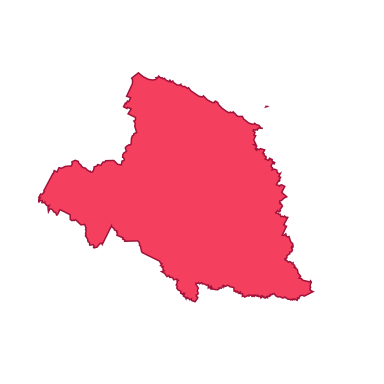 the district of Clarence Valley, New South Wales, Australia, rotated 287°
{"feature_id": "25037944B11916296746250", "entity_name": "Clarence Valley", "entity_type": "district", "adm_level": 2, "iso_a3": "AUS", "parent_name": "Australia", "parent_adm1": "New South Wales", "projection": "robinson", "projection_center": [152.635, -29.694], "detail": "fine", "context": "isolated", "style": "filled", "palette": "rose", "viewbox_px": 384, "rotation_deg": 287, "n_neighbors": 0, "source": "geoboundaries", "source_scale": "gbopen_adm2", "svg_char_len": 6078}
<svg xmlns="http://www.w3.org/2000/svg" viewBox="0 0 384 384"><g transform="rotate(287 192 192)"><path d="M132.1,336.9L132.5,334.3L133.8,333.1L135.6,333.3L136.5,332.4L138.4,332.2L140.7,332.5L141.7,331.3L140.5,331.1L140.0,324.4L140.4,322.6L141.2,322.2L141.0,319.6L143.2,320.5L145.3,317.2L148.7,315.4L149.2,313.3L149.9,313.3L149.9,311.7L150.8,312.2L151.7,311.6L152.8,309.4L153.6,309.3L152.8,308.6L153.6,307.9L154.0,305.6L153.0,304.7L154.4,302.2L154.1,301.3L155.3,301.0L154.6,299.8L156.8,302.0L158.9,301.3L161.7,303.6L163.1,303.0L164.0,304.7L165.8,305.1L167.7,303.4L168.3,303.6L167.8,304.2L169.1,304.7L169.5,303.6L170.6,304.2L172.0,303.4L173.3,300.9L177.8,297.8L177.0,296.8L177.1,295.3L179.4,293.9L177.6,292.7L177.0,290.9L186.8,292.4L186.7,290.8L187.5,290.4L187.5,289.3L195.7,291.0L195.7,290.2L194.9,289.7L196.1,287.6L195.1,287.2L195.2,285.5L194.4,284.3L196.5,282.6L195.9,281.8L196.6,280.8L196.5,278.2L199.3,279.3L198.4,280.9L198.8,281.6L200.0,282.0L201.0,281.2L204.8,282.7L206.5,281.1L206.4,279.9L207.5,279.7L207.4,278.9L209.1,278.5L210.0,280.0L213.2,281.9L215.1,284.0L217.9,277.9L224.5,279.1L225.1,275.6L224.3,274.2L223.3,274.1L223.8,270.6L228.1,271.5L228.0,272.4L228.7,272.5L228.8,271.9L232.0,272.4L232.0,270.5L235.5,271.0L235.0,270.6L235.3,267.9L237.7,266.8L238.0,264.5L236.6,262.0L238.3,262.3L239.7,260.0L243.2,260.5L242.9,262.3L244.3,262.5L244.9,259.5L246.5,259.2L246.9,256.6L246.0,257.0L246.1,256.1L244.5,255.9L245.0,252.3L246.2,252.9L247.6,252.4L247.9,250.4L249.6,249.8L249.8,248.4L253.5,249.2L253.5,244.7L252.1,244.0L252.4,241.7L250.8,241.6L251.7,240.0L254.9,240.5L255.4,237.4L256.3,239.1L260.0,235.7L264.5,236.4L264.4,234.7L267.5,234.8L268.1,232.7L269.0,232.5L269.5,232.6L269.6,234.4L270.6,235.4L270.4,236.4L272.6,236.8L273.5,241.1L273.4,239.2L275.3,236.5L275.2,233.8L276.0,231.8L275.2,231.6L274.5,230.2L274.5,226.1L277.0,219.9L279.0,218.1L277.8,214.2L278.0,212.8L280.7,208.0L279.5,207.2L279.6,205.2L278.6,204.3L279.1,201.6L280.9,196.2L283.3,191.9L285.1,190.4L285.8,188.0L285.2,187.2L284.1,187.4L283.5,185.4L284.6,179.7L287.3,174.8L285.9,174.1L285.6,170.4L288.5,161.1L290.7,158.2L289.8,157.3L290.8,154.0L290.1,152.3L290.9,150.3L291.8,149.9L290.4,148.6L290.0,146.4L291.3,142.2L292.5,141.2L291.1,140.2L291.0,139.2L292.3,138.8L292.5,138.1L290.8,137.4L291.5,134.1L292.7,132.4L291.7,131.1L292.5,130.1L292.0,128.5L293.1,126.2L291.5,125.9L290.8,124.2L290.2,125.1L288.8,124.2L287.5,121.4L287.0,117.2L288.0,111.4L290.3,105.9L283.2,101.0L281.8,102.4L278.2,103.4L264.4,101.5L264.3,105.8L259.8,105.1L260.1,103.7L257.3,103.2L257.5,102.3L253.5,101.6L252.8,105.4L254.1,105.6L253.7,109.5L248.1,108.0L246.8,115.9L246.2,116.5L244.0,116.8L242.9,115.6L240.9,117.8L238.2,118.0L232.7,121.7L230.8,119.4L229.1,119.5L228.3,118.6L225.7,118.4L220.2,119.7L218.8,119.1L218.9,118.1L216.6,116.0L214.6,115.3L211.7,117.4L209.2,115.3L207.3,115.0L204.9,115.5L205.0,116.3L203.3,117.8L202.2,117.6L201.1,116.0L197.3,116.5L196.7,113.0L199.3,108.0L196.7,100.3L195.1,99.8L194.6,98.1L190.8,97.0L190.7,93.8L188.9,93.3L187.5,91.1L184.6,91.5L181.9,90.9L181.3,89.6L182.2,88.5L181.7,87.8L182.4,85.3L183.7,83.2L183.5,80.6L184.2,78.8L185.0,78.4L186.5,75.2L188.0,74.3L188.2,71.2L187.2,69.9L185.6,68.3L184.0,69.3L181.7,69.0L179.4,63.3L176.5,60.2L176.4,57.7L171.7,57.1L172.2,54.0L169.1,54.1L169.0,53.6L149.8,49.9L149.3,50.8L145.6,49.2L145.8,47.8L142.0,47.1L142.3,48.5L140.2,47.6L137.8,48.3L138.1,49.0L139.6,49.2L140.1,51.2L138.0,51.5L138.2,52.8L139.4,54.1L138.2,54.7L136.6,57.2L136.4,58.0L137.4,59.4L135.0,58.8L131.2,60.5L134.7,61.1L134.2,63.8L132.4,66.0L132.5,67.5L130.4,69.3L130.8,69.9L136.5,70.9L134.7,82.0L130.2,83.6L129.5,85.4L130.4,86.9L130.2,87.6L131.5,88.8L128.1,95.4L129.6,98.9L126.1,101.4L125.1,101.1L123.9,102.2L121.3,102.3L120.0,103.2L119.0,102.9L116.6,105.8L114.1,107.1L113.8,108.6L111.3,109.7L112.7,112.8L111.7,114.1L110.2,114.0L109.9,114.6L111.5,117.3L115.5,118.9L116.3,119.9L116.5,120.8L115.6,121.5L136.1,124.9L135.2,125.3L134.2,128.3L133.1,128.8L132.7,131.6L131.6,131.7L130.6,132.8L128.7,132.8L128.0,139.7L126.7,139.5L126.3,142.3L125.3,142.2L129.4,154.5L128.1,156.5L125.5,157.5L125.1,158.6L120.4,161.1L119.5,162.2L116.4,181.3L114.8,182.7L114.6,184.2L112.4,183.4L112.3,186.0L111.2,185.5L110.9,186.6L109.3,187.0L108.5,188.4L107.0,186.2L106.2,189.6L103.8,192.8L105.3,194.5L103.9,195.6L104.5,198.6L102.7,200.0L104.3,203.3L103.4,204.7L102.5,203.6L101.4,204.4L98.4,204.1L97.8,205.3L95.6,205.6L94.2,207.5L93.8,210.5L91.8,210.8L91.7,212.4L92.3,213.1L91.3,213.0L91.0,213.6L92.2,214.5L89.9,214.4L89.4,216.5L88.3,217.5L89.3,217.5L89.0,218.4L89.6,218.5L89.2,220.3L88.3,221.2L89.5,222.6L88.8,222.6L88.0,223.8L88.0,227.1L92.1,228.4L93.0,228.3L93.4,226.8L94.7,226.3L95.7,227.4L97.1,227.5L99.1,225.9L102.0,226.1L105.0,222.6L105.9,222.4L106.2,223.8L107.2,224.5L106.4,226.0L108.2,227.8L107.1,228.8L107.8,230.3L107.1,233.1L107.9,234.7L105.1,235.6L106.7,236.7L104.8,237.8L104.9,238.8L106.7,237.4L107.5,238.1L105.2,239.6L105.6,243.4L106.1,245.2L107.3,246.2L108.2,245.9L108.6,248.2L111.7,249.2L110.4,250.2L111.7,250.5L111.7,251.9L113.1,253.2L113.2,254.3L112.5,256.0L112.9,259.9L109.4,261.3L110.2,262.4L109.1,263.5L110.3,264.5L108.9,265.8L110.3,267.3L109.1,267.3L109.6,268.1L109.0,268.6L109.3,270.2L106.9,270.7L107.7,272.0L106.9,273.0L109.1,275.5L109.1,276.4L109.6,275.9L110.1,276.5L110.7,279.5L109.8,279.7L109.9,280.7L111.3,281.2L110.0,282.6L110.9,282.0L112.0,282.7L111.2,285.4L111.9,284.7L113.2,285.4L111.9,285.3L111.5,286.6L112.3,287.8L110.9,288.9L112.0,289.4L112.6,288.7L113.3,289.5L112.5,289.9L112.8,290.6L112.2,291.1L112.6,291.6L112.0,292.3L112.1,293.3L113.1,293.5L113.0,294.9L113.6,294.5L113.5,295.1L114.5,295.2L114.8,296.5L115.4,296.4L115.7,297.2L116.8,296.8L117.0,298.2L118.0,298.5L117.8,299.0L118.9,300.1L117.2,302.6L116.7,304.7L117.6,306.9L117.1,309.5L117.9,311.1L118.7,311.4L117.5,315.3L118.0,316.1L117.7,317.9L118.4,318.3L118.1,319.5L119.1,319.8L118.8,321.0L119.7,321.2L119.2,324.2L121.5,323.9L121.3,325.3L124.3,325.6L125.6,328.0L125.2,329.7L132.1,336.9ZM295.0,237.7L295.6,238.7L295.6,237.9L295.0,237.7ZM295.6,238.8L296.0,239.7L295.7,238.6L295.6,238.8Z" fill="#f43f5e" stroke="#9f1239" stroke-width="1.5"/></g></svg>